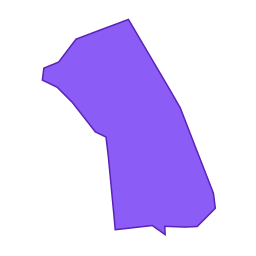 outline of Magdalena Teitipac, Oaxaca, Mexico, rotated 177°
{"feature_id": "50627088B73961742428916", "entity_name": "Magdalena Teitipac", "entity_type": "district", "adm_level": 2, "iso_a3": "MEX", "parent_name": "Mexico", "parent_adm1": "Oaxaca", "projection": "mercator", "projection_center": [-96.555, 16.889], "detail": "fine", "context": "isolated", "style": "filled", "palette": "violet", "viewbox_px": 256, "rotation_deg": 177, "n_neighbors": 0, "source": "geoboundaries", "source_scale": "gbopen_adm2", "svg_char_len": 517}
<svg xmlns="http://www.w3.org/2000/svg" viewBox="0 0 256 256"><g transform="rotate(177 128 128)"><path d="M211.0,180.3L196.6,172.4L182.3,156.5L160.8,125.8L150.4,120.1L150.3,117.8L149.1,100.0L148.9,94.9L147.6,64.2L146.6,41.0L146.1,27.1L109.1,29.3L108.8,29.3L96.5,19.6L96.4,27.9L76.3,26.1L64.1,26.0L45.0,43.3L46.1,58.3L50.4,71.4L50.9,72.9L60.6,102.2L74.7,145.2L79.0,153.7L85.0,165.5L121.9,236.4L147.9,228.2L175.2,219.5L193.8,197.5L208.9,192.2L211.0,180.3Z" fill="#8b5cf6" stroke="#5b21b6" stroke-width="1.5"/></g></svg>